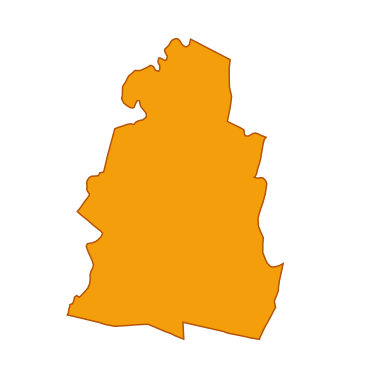 Dangkao, Phnom Penh, Cambodia, rotated 103°
{"feature_id": "14789045B25120607736063", "entity_name": "Dangkao", "entity_type": "district", "adm_level": 2, "iso_a3": "KHM", "parent_name": "Cambodia", "parent_adm1": "Phnom Penh", "projection": "albers", "projection_center": [104.846, 11.473], "detail": "fine", "context": "isolated", "style": "filled", "palette": "amber", "viewbox_px": 384, "rotation_deg": 103, "n_neighbors": 0, "source": "geoboundaries", "source_scale": "gbopen_adm2", "svg_char_len": 3241}
<svg xmlns="http://www.w3.org/2000/svg" viewBox="0 0 384 384"><g transform="rotate(103 192 192)"><path d="M339.8,285.9L340.0,253.5L340.6,246.8L340.2,237.1L339.8,235.6L336.4,224.1L334.5,218.5L332.7,212.1L330.7,205.2L334.1,185.9L334.3,184.1L334.6,181.4L335.2,178.5L335.9,175.9L336.2,173.9L337.3,166.9L321.0,171.5L320.8,129.2L321.3,127.8L321.4,123.1L321.1,114.7L321.0,109.9L320.9,107.5L321.0,102.6L320.4,93.2L318.5,93.1L313.5,92.0L308.0,90.8L301.0,88.8L294.1,86.9L289.6,85.8L287.0,85.0L285.6,84.6L279.8,87.3L272.2,86.1L268.5,85.7L265.4,86.3L258.5,86.9L253.5,86.9L241.3,87.1L241.2,87.1L243.5,89.6L245.4,92.6L246.7,95.5L247.0,97.6L246.8,98.9L244.5,102.6L241.3,105.2L235.1,109.4L226.6,111.3L220.5,112.2L215.5,116.1L210.2,119.6L202.8,121.8L195.0,121.5L185.9,120.5L178.1,120.2L177.1,120.2L167.1,121.0L164.1,123.1L162.4,125.9L162.5,128.0L163.7,131.0L163.8,132.8L163.6,134.6L162.2,133.8L159.7,133.2L158.3,133.1L156.8,133.2L153.8,133.2L150.5,132.8L147.6,132.7L144.3,132.6L139.9,132.9L134.4,133.2L129.5,133.5L126.9,133.5L124.0,133.2L122.0,132.1L121.5,136.3L120.8,139.4L120.4,141.4L120.3,143.6L121.3,145.8L123.1,147.6L124.9,149.9L125.3,152.8L123.3,154.2L120.0,155.2L119.0,157.6L118.1,161.1L117.4,164.6L116.1,170.0L115.1,173.4L113.3,173.5L108.2,173.6L101.4,173.8L96.6,174.2L90.1,174.9L81.1,179.2L71.1,181.7L63.7,183.5L54.5,184.6L43.4,227.8L45.9,227.7L47.1,227.8L48.7,227.6L50.8,229.0L51.5,229.8L52.1,231.4L50.9,234.2L49.6,235.8L47.3,238.0L46.1,240.0L46.2,242.2L46.9,243.5L48.1,245.0L48.9,245.8L50.5,246.5L51.9,246.9L53.4,247.3L55.2,248.2L56.4,248.8L57.9,250.0L59.0,250.6L60.6,250.5L62.0,249.6L63.2,248.4L64.4,247.6L65.3,246.5L69.0,246.6L70.0,248.4L69.3,250.4L68.6,252.8L68.9,254.5L71.0,254.6L72.5,254.5L74.0,253.8L75.7,252.2L77.2,251.5L80.2,251.0L81.8,251.6L81.9,253.3L81.4,255.4L79.7,256.6L78.4,257.9L77.9,259.8L78.1,261.3L79.5,262.5L81.0,264.0L82.1,265.6L83.5,267.4L85.3,269.8L86.0,272.7L86.3,274.8L87.6,275.6L89.0,276.7L91.2,278.1L93.3,279.9L95.0,280.3L97.8,281.0L100.6,281.7L103.5,282.9L105.4,283.3L108.2,282.7L110.7,282.2L112.1,281.8L114.1,281.6L116.7,281.6L118.2,280.6L120.9,278.2L121.8,276.2L123.1,273.1L123.7,270.8L123.5,268.8L122.7,267.5L119.0,266.9L115.7,266.2L114.8,264.5L115.5,263.3L117.0,262.9L119.2,261.8L120.9,260.3L122.9,257.9L124.2,256.0L125.9,254.3L129.5,253.3L131.3,255.0L132.7,256.0L133.7,258.3L135.0,260.6L136.7,262.6L139.3,263.9L139.3,267.0L140.7,270.4L143.1,274.1L145.9,278.8L147.7,281.4L149.6,281.5L175.6,282.5L185.1,282.5L192.4,282.6L193.4,284.7L194.1,286.2L196.0,286.6L197.3,287.2L198.3,290.2L199.2,293.3L200.9,295.3L203.7,296.5L205.7,296.8L207.5,296.5L209.2,295.8L211.4,295.4L213.4,295.1L215.4,293.3L217.0,291.6L218.1,291.3L221.0,292.4L223.0,293.3L224.8,294.2L227.4,295.3L230.8,296.5L234.1,298.0L236.9,299.4L237.8,297.7L239.2,295.2L241.1,291.2L243.4,286.5L246.2,281.4L248.9,275.7L250.3,272.8L252.0,270.0L254.0,270.1L256.5,270.7L259.6,272.8L261.5,274.2L264.0,277.7L265.8,282.2L268.7,282.9L273.9,279.5L278.1,276.2L281.5,273.7L285.4,271.6L288.6,271.7L292.0,272.6L295.6,272.7L300.0,271.5L304.4,271.1L309.1,271.9L313.1,274.0L317.8,276.7L319.9,278.2L318.8,281.0L320.8,282.8L324.4,282.7L327.5,283.2L329.3,285.7L331.3,285.4L333.8,285.6L337.1,285.3L338.7,285.5L339.8,285.9Z" fill="#f59e0b" stroke="#b45309" stroke-width="1.5"/></g></svg>